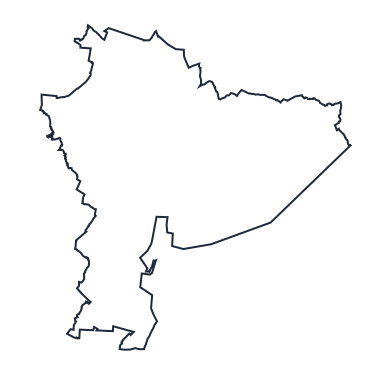 outline of Villa de Cos, Zacatecas, Mexico, rotated 3°
{"feature_id": "50627088B44812883049784", "entity_name": "Villa de Cos", "entity_type": "district", "adm_level": 2, "iso_a3": "MEX", "parent_name": "Mexico", "parent_adm1": "Zacatecas", "projection": "equal_earth", "projection_center": [-102.286, 23.528], "detail": "fine", "context": "isolated", "style": "outline", "palette": "slate", "viewbox_px": 384, "rotation_deg": 3, "n_neighbors": 0, "source": "geoboundaries", "source_scale": "gbopen_adm2", "svg_char_len": 5704}
<svg xmlns="http://www.w3.org/2000/svg" viewBox="0 0 384 384"><g transform="rotate(3 192 192)"><path d="M163.8,323.0L159.9,316.2L157.2,310.4L157.6,297.1L145.3,289.8L146.1,276.0L154.3,276.7L156.3,274.9L159.5,262.2L159.0,262.5L157.2,262.3L155.8,269.4L155.0,270.2L153.8,273.5L153.4,273.0L153.1,273.8L150.2,273.8L151.4,270.5L143.6,260.4L150.5,253.2L154.1,245.7L154.9,240.8L157.9,218.6L168.9,218.4L168.3,225.9L169.4,233.7L175.0,234.5L175.0,247.0L186.4,249.4L213.7,243.2L272.1,218.4L347.9,137.1L347.2,136.7L346.7,136.9L345.9,136.7L345.1,135.2L344.9,133.6L344.3,132.0L342.8,130.8L342.6,130.4L342.7,130.1L342.3,129.3L342.0,129.3L341.8,128.4L341.0,127.5L341.0,127.1L340.3,126.6L340.1,126.1L336.1,122.7L335.6,122.2L335.3,121.2L333.4,122.7L331.3,117.8L334.5,115.5L334.8,114.2L335.0,114.0L335.5,114.5L336.4,112.6L336.4,111.7L336.1,110.9L334.9,109.5L334.6,108.7L334.8,107.9L336.3,106.3L335.7,103.2L336.2,101.4L336.5,97.5L336.3,97.3L335.6,94.4L332.7,96.0L330.7,96.2L329.1,97.0L329.0,97.6L328.7,97.8L327.6,97.9L327.8,97.5L326.6,97.3L325.7,96.7L324.9,96.7L324.5,96.4L323.7,96.6L322.4,97.2L322.4,98.1L322.1,98.0L321.0,98.9L320.0,99.0L319.6,98.2L318.6,97.8L317.9,97.9L316.8,97.0L315.6,96.6L315.0,96.0L314.7,95.2L314.2,94.6L313.1,94.0L311.0,93.6L309.2,91.9L308.4,91.9L308.3,92.3L308.1,92.2L307.4,92.8L305.3,92.8L304.5,93.1L304.2,92.8L303.0,93.1L301.8,91.9L300.6,91.6L300.2,91.8L300.1,92.3L299.6,92.7L299.2,92.7L297.7,90.9L296.3,90.1L296.4,89.7L290.0,91.2L282.4,95.9L282.1,95.6L278.5,94.6L276.1,97.3L275.8,98.0L272.5,95.8L272.0,96.2L271.1,96.0L271.0,95.5L270.3,95.2L269.0,95.0L267.8,94.3L266.1,93.9L265.8,93.6L264.3,93.5L261.2,92.3L259.5,91.2L258.9,91.4L257.2,91.2L255.3,91.5L253.2,91.0L250.4,91.4L248.4,90.9L246.5,91.0L245.2,90.5L243.7,90.7L236.1,87.5L233.8,90.4L231.8,93.8L229.5,92.0L225.8,91.1L223.8,93.6L221.8,93.7L220.5,95.0L220.2,95.7L216.5,97.2L215.7,98.0L214.1,97.8L213.8,97.4L212.1,90.8L211.0,90.4L210.0,88.5L209.6,86.1L209.3,86.2L209.3,85.7L208.4,84.8L207.7,83.4L207.3,83.1L207.1,82.1L206.0,80.8L205.5,80.9L204.1,80.4L203.5,80.4L201.1,81.8L198.8,83.9L196.5,84.5L194.0,86.1L195.5,83.2L195.3,82.6L195.4,81.8L194.9,78.5L194.3,77.4L193.9,75.5L194.2,71.6L193.9,69.5L194.1,67.9L193.3,67.8L192.5,66.1L192.3,64.7L192.5,63.5L186.4,65.9L182.3,68.1L177.8,59.1L176.9,56.5L176.4,50.4L168.4,50.2L160.3,46.0L150.4,38.1L150.0,38.5L147.6,33.2L146.2,34.7L145.7,36.5L144.6,37.9L143.7,40.0L141.5,42.7L136.4,43.1L136.5,42.9L100.2,32.7L96.1,35.9L98.9,37.0L96.5,44.6L94.1,43.2L89.7,38.8L89.2,38.7L88.2,37.5L85.3,36.0L83.6,33.7L79.4,31.0L79.1,32.4L79.4,33.3L80.1,34.0L78.3,36.6L78.5,36.9L78.2,37.2L78.4,37.8L78.0,40.1L77.3,41.2L76.8,41.2L75.9,42.3L75.8,43.6L74.8,45.2L73.6,45.4L73.4,46.1L72.3,46.7L72.1,46.4L72.2,46.1L71.8,45.9L71.7,45.3L71.2,44.9L67.0,45.2L67.2,46.1L66.8,47.2L66.9,47.5L68.2,48.4L69.2,48.6L69.5,49.2L70.7,49.6L73.0,51.2L73.0,53.7L83.4,53.9L81.9,66.3L83.7,67.1L85.1,67.3L85.0,68.2L86.4,68.6L85.0,75.8L84.4,77.7L83.9,78.4L84.7,79.1L84.7,80.5L82.7,84.1L80.0,87.8L72.8,94.5L72.2,94.9L71.7,94.8L64.0,102.2L59.5,103.8L56.6,104.2L52.2,105.3L51.9,105.2L51.8,103.3L36.7,102.6L37.5,113.0L36.1,118.0L38.0,118.3L38.2,118.8L39.2,119.5L39.5,120.1L39.7,119.5L40.9,120.8L41.1,121.4L42.6,121.8L42.4,122.4L45.1,123.8L46.8,128.8L46.9,134.0L47.7,134.3L47.8,136.0L48.5,136.0L48.5,137.3L49.2,137.7L49.2,138.2L49.9,138.6L49.9,139.2L50.6,139.6L50.5,140.8L49.8,140.5L49.7,141.7L49.1,141.3L49.1,142.3L48.4,141.9L48.4,142.6L47.5,142.3L43.7,143.9L45.0,144.0L45.0,144.6L45.5,144.9L45.8,144.0L46.4,144.4L46.7,143.6L48.1,144.5L48.3,143.8L49.7,144.6L49.4,145.4L49.9,145.8L49.4,146.3L49.3,147.0L51.9,146.8L54.1,146.2L56.8,144.9L57.7,145.3L57.8,147.1L58.0,147.8L59.2,149.5L59.5,151.4L59.9,151.5L59.8,152.4L58.7,152.6L57.7,156.0L56.8,157.0L58.2,157.0L59.2,156.6L60.9,157.1L61.5,157.6L62.1,159.6L62.4,159.6L63.2,161.6L63.9,160.9L64.0,161.3L62.8,162.3L63.2,163.2L63.6,162.8L63.8,163.2L63.6,163.4L64.1,164.0L63.4,165.3L63.9,166.1L64.5,166.1L64.6,167.7L65.2,169.1L65.2,169.4L65.9,169.6L65.8,170.5L66.5,170.7L66.1,171.8L66.7,172.0L67.2,174.3L68.0,174.9L68.9,174.3L70.5,174.5L70.9,176.2L74.9,179.2L76.3,180.8L76.2,181.7L76.8,182.2L76.5,185.2L79.9,187.1L76.7,195.5L84.8,200.0L83.7,202.6L83.3,207.0L83.5,207.6L83.0,208.8L85.3,210.0L86.1,209.7L89.2,210.0L92.3,212.4L93.0,212.5L95.6,214.2L96.8,214.2L96.2,220.4L97.1,220.9L95.0,223.5L93.7,226.3L91.6,229.4L91.3,229.4L91.0,230.8L90.5,230.9L90.5,231.6L90.2,231.6L89.4,233.3L87.8,235.7L87.5,236.3L87.6,236.9L88.4,237.2L78.8,246.3L79.1,246.9L78.7,247.4L78.6,252.2L78.2,255.0L80.4,255.6L80.3,256.1L83.5,258.0L85.8,260.4L85.6,260.3L86.1,261.1L87.7,262.3L90.1,262.7L90.0,263.3L91.0,263.3L90.9,263.7L91.7,263.9L91.6,264.9L92.2,265.0L92.8,267.3L92.8,271.2L91.0,273.6L89.5,276.8L89.5,277.5L89.3,277.5L89.3,278.1L88.4,279.1L88.4,280.3L88.6,280.9L88.9,284.7L86.4,288.3L83.9,287.7L84.1,291.6L82.2,294.2L86.5,298.4L86.3,298.4L86.9,299.0L94.9,306.0L96.6,307.2L95.1,308.8L94.9,308.0L93.8,308.5L93.4,308.3L93.5,307.9L92.9,307.1L91.8,307.0L91.4,308.6L90.7,308.9L90.2,309.5L88.8,310.5L87.8,312.3L88.1,312.4L88.1,313.2L87.0,317.1L86.0,318.3L85.8,319.8L84.7,320.0L83.5,320.9L83.7,322.0L84.4,323.0L82.7,323.7L82.1,324.7L81.7,324.6L82.2,326.8L82.9,327.3L82.4,327.8L82.5,328.3L82.3,329.0L80.9,331.1L81.0,335.8L77.9,335.4L74.6,340.1L81.7,343.4L84.6,344.1L84.6,343.5L85.5,343.7L85.6,344.0L87.1,344.0L87.2,335.3L100.6,335.2L101.3,331.9L104.8,333.7L103.9,335.2L120.3,335.1L120.3,330.2L141.1,334.8L138.2,338.0L137.5,337.0L136.9,336.6L130.7,343.4L130.9,343.7L129.7,345.1L129.9,345.4L129.5,346.0L130.1,346.9L128.3,348.7L128.0,352.7L133.2,353.0L138.4,352.6L143.4,350.9L148.1,351.8L152.5,351.3L152.8,349.2L153.9,346.5L155.1,341.5L157.1,337.9L158.1,334.9L160.5,329.8L161.5,326.9L163.8,323.0Z" fill="none" stroke="#1e293b" stroke-width="2"/></g></svg>